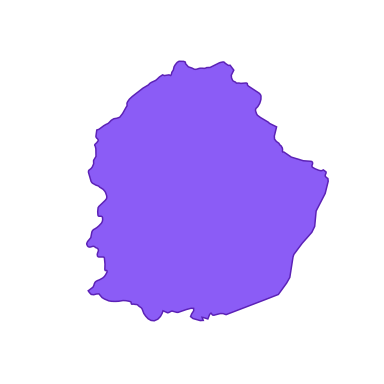 Olancho, Equal Earth projection, rotated 69°
{"feature_id": "HND-642", "entity_name": "Olancho", "entity_type": "Department", "adm_level": 1, "iso_a3": "HND", "parent_name": "Honduras", "parent_adm1": "", "projection": "equal_earth", "projection_center": [-86.074, 14.814], "detail": "fine", "context": "isolated", "style": "filled", "palette": "violet", "viewbox_px": 384, "rotation_deg": 69, "n_neighbors": 0, "source": "natural_earth", "source_scale": "10m", "svg_char_len": 3913}
<svg xmlns="http://www.w3.org/2000/svg" viewBox="0 0 384 384"><g transform="rotate(69 192 192)"><path d="M318.7,204.1L318.5,204.4L316.7,206.5L315.6,209.2L314.9,215.5L314.5,216.6L313.9,217.0L311.9,217.7L312.6,219.4L316.2,222.7L313.4,226.2L312.6,227.5L315.9,227.5L315.7,228.1L315.0,230.4L310.5,236.4L307.8,238.0L305.6,235.9L303.5,233.0L301.2,232.2L300.2,234.6L299.7,239.4L299.4,248.1L299.0,249.2L296.0,253.3L295.9,254.4L296.2,257.0L296.0,258.1L292.5,261.6L294.6,263.4L296.9,266.1L298.5,269.5L298.7,273.4L297.2,276.3L294.6,278.4L291.4,279.7L288.2,280.5L283.4,280.5L282.1,280.8L279.0,282.8L277.8,283.2L277.1,284.2L276.6,285.3L275.7,286.8L275.3,288.0L275.0,288.6L274.5,288.7L273.1,288.4L272.5,288.6L271.3,290.1L269.8,292.6L268.6,295.3L267.7,299.7L266.6,303.0L265.2,306.3L263.8,308.7L260.5,312.1L258.3,313.8L253.7,315.4L253.0,317.7L252.7,320.5L251.5,322.8L249.1,323.8L247.0,324.3L245.4,318.7L244.8,317.9L243.8,316.9L242.8,316.2L241.5,314.8L241.0,313.5L240.8,311.8L240.8,309.8L240.3,306.2L239.5,304.1L238.3,302.3L236.3,300.0L235.2,299.6L234.6,299.8L234.3,301.1L233.9,301.2L233.0,301.1L228.2,299.1L222.1,297.4L221.3,297.6L220.8,298.3L219.3,302.3L218.7,302.9L217.9,303.2L216.2,302.8L215.0,301.9L213.3,300.4L212.1,300.1L211.0,300.3L210.4,300.7L209.9,301.3L209.4,301.8L208.1,302.6L207.6,303.1L207.3,303.7L207.1,304.6L207.0,306.3L206.8,307.1L206.5,307.8L205.8,308.5L204.9,308.9L203.1,309.0L202.3,308.7L200.8,307.2L198.3,302.8L193.4,299.8L192.4,298.7L191.8,297.4L191.6,295.8L191.1,293.5L190.3,291.2L188.7,287.8L187.4,286.3L186.0,285.4L183.8,284.7L183.2,284.7L182.7,284.9L182.2,285.3L181.9,285.9L181.4,287.3L180.9,288.0L179.9,288.1L176.6,287.1L173.0,285.3L172.1,284.1L168.7,276.0L167.6,274.2L166.4,273.4L164.8,273.0L161.5,272.9L160.2,273.1L157.7,274.0L155.9,275.3L154.5,276.4L153.8,276.7L153.0,277.1L152.4,277.7L151.2,279.2L148.3,281.6L147.4,282.1L145.9,282.4L136.5,281.6L135.3,281.1L134.7,280.4L134.0,278.0L133.4,276.9L132.8,276.0L130.4,273.7L127.5,272.7L127.0,272.3L124.4,268.9L117.3,266.3L114.6,265.9L113.6,266.1L113.1,265.9L112.6,265.2L111.9,263.4L110.7,261.5L110.1,261.0L109.6,260.9L108.3,261.2L107.9,261.4L107.5,261.7L106.2,261.9L105.5,261.7L100.0,258.7L100.1,256.3L98.5,250.6L98.1,248.2L97.9,245.6L97.4,244.4L96.1,241.6L95.8,240.0L95.6,238.6L96.2,235.8L96.3,232.7L93.9,228.7L89.4,223.3L88.2,221.7L85.8,220.9L84.6,219.7L82.9,217.2L81.4,213.5L77.5,200.7L76.4,194.3L75.5,192.5L75.1,190.6L74.8,186.0L74.2,184.2L73.4,182.3L72.9,181.1L72.1,177.5L73.4,176.1L74.4,171.5L75.6,170.2L75.3,169.7L74.8,169.1L73.0,167.9L71.5,165.8L68.6,163.8L67.4,162.3L66.1,160.2L65.6,159.1L65.3,157.2L67.1,152.9L67.6,152.4L68.3,151.7L68.9,151.8L69.9,152.0L73.8,150.6L76.3,147.6L78.2,145.9L78.9,144.4L79.1,143.0L79.1,142.0L79.2,140.8L79.5,139.6L80.1,138.1L81.0,136.2L81.2,135.2L81.2,134.6L81.1,133.9L81.2,133.4L82.2,130.5L81.2,120.1L81.3,118.7L81.7,116.4L82.1,115.7L82.7,115.2L83.5,115.0L85.4,113.7L85.9,113.4L87.0,112.4L87.3,111.0L93.2,109.3L97.1,113.5L98.2,113.8L99.6,114.2L101.9,114.1L102.9,113.9L103.7,113.3L105.0,112.0L106.3,111.5L107.1,109.1L108.1,107.5L109.4,103.1L109.8,102.1L110.5,101.5L111.0,101.6L111.6,101.8L112.3,101.8L113.3,101.4L124.1,93.7L125.7,93.2L127.1,93.2L130.1,94.4L131.9,95.7L133.6,97.1L134.7,98.5L135.8,99.9L136.4,101.1L136.8,102.2L137.6,103.0L139.0,103.6L142.1,103.7L143.8,103.4L147.1,101.3L154.1,95.8L155.8,95.0L161.5,89.7L169.3,95.1L172.2,96.0L175.1,95.1L177.5,93.5L179.7,93.0L180.8,92.3L183.1,91.9L184.3,92.1L185.3,92.4L186.3,93.0L187.1,93.0L187.6,91.9L195.0,86.8L202.7,76.9L205.8,70.3L206.4,69.3L207.3,68.9L208.2,69.0L209.0,69.4L210.5,70.7L211.9,70.8L214.4,68.8L217.1,65.9L218.2,64.3L218.6,63.1L218.4,61.5L221.2,59.7L221.8,59.8L222.7,60.3L223.5,61.2L224.8,61.9L225.8,61.7L227.1,61.0L228.1,60.3L230.8,61.0L241.1,68.2L254.2,82.9L268.1,89.8L272.6,94.6L279.4,107.6L286.8,119.3L288.9,121.0L306.8,131.3L311.0,136.4L318.6,148.1L318.7,163.2L318.7,204.0L318.7,204.1Z" fill="#8b5cf6" stroke="#5b21b6" stroke-width="1.5"/></g></svg>